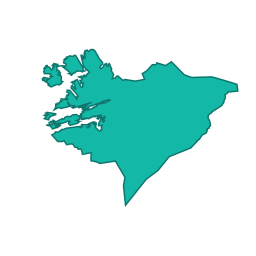 outline of Åfjord nor, Sør-Trøndelag, Norway, rotated 15°
{"feature_id": "86288312B63643757450384", "entity_name": "Åfjord nor", "entity_type": "district", "adm_level": 2, "iso_a3": "NOR", "parent_name": "Norway", "parent_adm1": "Sør-Trøndelag", "projection": "albers", "projection_center": [10.134, 63.948], "detail": "fine", "context": "isolated", "style": "filled", "palette": "teal", "viewbox_px": 256, "rotation_deg": 15, "n_neighbors": 0, "source": "geoboundaries", "source_scale": "gbopen_adm2", "svg_char_len": 5544}
<svg xmlns="http://www.w3.org/2000/svg" viewBox="0 0 256 256"><g transform="rotate(15 128 128)"><path d="M100.7,169.2L107.0,168.8L109.7,169.6L124.4,163.2L137.8,176.4L138.6,184.9L145.6,203.2L158.9,172.7L167.9,161.3L175.2,145.0L193.8,131.0L198.3,122.8L198.0,122.5L199.8,120.5L201.5,115.4L204.6,112.9L205.2,110.4L204.8,108.0L206.3,107.3L206.2,105.6L206.9,104.9L207.0,103.9L205.0,100.0L202.8,97.7L202.2,95.4L203.3,93.1L204.8,91.8L204.9,90.7L212.6,82.2L214.0,78.0L213.6,77.3L214.1,74.7L213.9,72.3L213.1,70.9L215.2,68.3L215.2,67.4L224.5,63.9L221.9,57.6L206.9,57.1L196.0,56.9L176.4,62.7L168.7,62.1L152.8,52.8L148.2,58.0L139.2,57.6L138.8,57.8L139.1,58.8L138.1,59.8L135.2,60.5L131.3,68.0L127.7,71.8L131.5,76.7L123.0,80.8L112.3,82.0L110.9,83.4L104.9,80.4L103.7,80.8L102.8,83.1L100.0,84.4L100.3,80.1L96.6,76.5L97.0,75.4L93.4,70.7L92.6,71.4L92.9,72.9L92.3,73.9L90.8,73.0L91.0,71.8L90.6,71.3L88.7,72.7L88.2,75.7L86.4,77.8L85.0,76.7L85.3,75.4L86.9,72.8L86.5,71.3L82.5,68.6L76.3,62.2L74.3,61.2L71.7,61.9L70.1,64.5L68.5,63.3L66.4,64.6L66.9,66.9L66.4,66.6L66.4,67.7L67.5,67.7L66.9,68.3L68.6,71.4L67.7,72.1L67.8,72.8L67.2,71.9L66.8,72.4L66.9,71.0L65.6,69.8L63.7,69.5L65.9,71.0L66.3,71.9L67.5,73.3L64.6,71.5L69.2,80.2L71.4,81.2L72.0,82.9L73.7,82.5L76.4,84.4L74.6,86.2L74.1,88.5L72.8,88.3L73.1,89.2L72.8,89.6L72.2,89.3L72.4,88.6L71.9,88.5L72.0,90.0L70.0,89.8L67.4,91.4L71.0,91.8L70.8,94.0L69.3,94.5L71.1,97.2L72.5,95.9L73.4,96.3L73.6,97.1L72.9,97.8L73.5,98.8L73.2,100.6L71.6,100.2L66.4,94.4L64.4,96.1L64.7,97.2L63.0,97.2L61.6,98.5L65.6,100.0L65.9,101.9L67.4,103.7L66.1,103.9L63.1,101.2L62.5,102.6L62.9,104.2L68.1,107.4L71.4,110.2L71.6,111.2L70.1,111.4L70.8,113.1L62.1,106.7L59.5,107.2L60.0,108.0L59.5,109.0L62.2,109.8L61.8,110.9L62.0,111.8L60.6,111.9L60.2,113.4L62.3,115.9L60.7,115.8L60.9,116.8L60.4,117.0L60.0,116.7L60.2,115.0L59.1,116.7L56.5,117.0L57.3,117.6L57.3,118.7L56.8,119.4L55.7,118.7L55.7,120.4L54.9,121.3L54.8,122.6L53.2,122.4L53.1,123.9L52.1,123.8L52.8,126.8L52.1,129.4L55.7,126.0L58.1,126.5L66.3,122.0L63.8,120.1L62.7,118.1L67.0,121.5L71.2,120.0L68.6,122.6L69.7,123.0L86.3,112.7L74.6,121.4L82.1,117.8L80.6,120.1L78.9,120.8L79.2,121.9L80.5,121.7L83.4,119.8L84.0,120.1L84.7,119.3L84.0,118.8L85.8,116.7L97.0,109.3L95.7,109.3L102.5,105.6L103.4,105.9L99.4,109.5L93.4,112.5L91.2,115.4L91.6,115.6L89.2,117.0L89.6,117.5L84.6,121.1L83.5,120.1L82.2,121.3L82.6,122.0L80.5,122.7L80.8,123.1L79.8,124.0L80.9,124.3L78.1,127.3L79.5,126.8L79.8,127.4L77.2,129.5L75.0,128.3L70.9,129.8L69.3,132.1L66.3,132.4L64.2,134.2L63.8,136.1L62.0,136.0L56.8,140.7L53.7,139.8L53.3,141.2L51.7,141.7L50.8,143.3L49.8,143.1L50.8,143.8L53.4,141.3L55.9,141.3L53.6,143.4L54.0,144.2L48.3,146.4L52.4,146.1L55.4,148.4L59.2,145.8L58.0,145.4L56.0,143.2L56.3,143.0L59.8,141.6L60.1,142.2L59.6,142.9L58.2,143.0L58.5,144.2L59.9,144.1L59.6,144.8L59.9,145.5L62.1,142.8L60.4,141.0L63.1,140.6L69.0,136.5L70.0,136.8L69.4,137.2L70.0,137.3L69.4,137.8L69.4,139.1L71.4,140.3L77.9,136.6L78.6,135.6L77.5,135.8L79.0,134.9L77.6,135.1L79.4,134.1L76.2,134.1L79.0,132.1L78.6,131.8L79.2,131.4L78.6,129.9L79.6,128.2L80.1,128.2L80.0,129.6L80.8,130.8L81.7,131.0L80.7,132.0L82.7,131.1L82.3,130.7L83.4,129.8L83.8,130.5L85.1,129.7L85.1,130.4L85.3,129.3L87.5,129.2L92.3,125.1L93.3,125.4L92.4,126.2L96.3,123.4L98.9,122.8L98.2,124.1L96.1,124.9L95.9,125.5L96.2,126.0L95.6,126.8L97.0,127.1L97.7,125.7L99.9,125.3L100.0,124.4L101.4,124.8L102.6,122.2L102.4,123.8L103.4,123.4L101.6,125.3L103.3,126.6L102.9,128.6L101.6,127.7L101.9,126.4L101.1,125.8L99.4,126.6L98.5,131.5L99.0,133.4L102.4,132.2L102.2,134.7L102.8,135.4L102.4,136.5L102.9,136.8L101.2,138.4L96.6,136.0L96.5,134.7L95.7,134.3L96.3,133.3L95.6,133.3L96.1,132.1L95.8,131.3L94.7,131.7L94.1,133.2L92.9,132.8L94.0,130.9L93.3,130.9L90.2,133.2L90.6,133.6L90.2,134.7L90.9,136.2L89.0,138.2L88.2,137.9L90.2,135.8L89.3,135.0L89.5,133.8L88.6,134.3L88.6,135.3L82.3,136.7L82.2,137.5L83.6,138.6L81.6,139.1L82.6,140.4L80.2,139.3L68.0,144.4L66.1,146.2L64.6,146.4L61.8,150.0L58.9,150.6L58.7,152.1L56.2,154.4L63.7,159.2L68.0,158.1L69.5,156.8L73.1,160.0L77.8,157.8L79.3,158.1L81.7,160.3L84.0,159.9L85.4,161.4L87.7,160.5L88.9,161.3L90.8,165.2L98.8,161.4L100.7,169.2ZM58.7,71.5L57.1,71.8L56.5,73.1L52.7,73.5L52.0,74.8L50.3,75.3L50.3,76.3L49.1,77.6L50.6,77.3L49.0,79.0L48.7,80.7L49.1,81.8L51.4,82.1L51.9,83.7L51.4,84.6L50.0,84.5L50.0,85.1L47.9,85.0L47.6,85.2L49.8,85.2L49.8,85.6L50.1,86.0L49.9,85.2L50.8,85.4L50.9,86.0L50.1,86.2L57.4,89.3L57.6,90.0L56.7,90.8L58.9,90.7L59.1,91.6L59.6,91.7L60.1,91.1L58.9,90.7L62.5,88.5L63.5,86.4L67.3,85.3L69.5,85.6L70.0,84.5L70.9,84.4L69.7,83.6L69.0,81.6L58.7,71.5ZM43.5,84.8L39.9,85.0L40.7,86.0L39.6,85.6L39.0,86.7L40.0,86.3L39.6,87.9L40.7,88.3L40.4,88.7L40.7,89.9L39.8,88.7L39.7,89.4L40.3,89.8L38.8,91.9L36.5,89.6L33.9,89.6L33.8,88.6L33.2,88.7L32.6,89.2L33.9,90.0L31.9,91.0L31.5,92.2L32.5,92.2L31.9,95.0L33.1,97.1L39.0,95.7L38.8,96.3L39.3,96.8L41.5,97.8L39.7,98.5L40.1,98.8L39.5,100.7L38.0,101.6L37.5,104.0L37.6,104.9L41.1,106.5L39.7,106.3L39.6,107.1L41.7,107.9L43.1,108.2L48.3,104.1L50.2,104.3L51.6,103.0L52.2,102.1L51.8,101.4L53.0,100.2L51.1,99.6L50.4,95.6L49.1,94.7L47.0,95.0L46.5,94.7L48.2,93.7L47.8,93.5L48.3,92.5L46.7,92.4L47.5,91.5L45.9,90.2L44.3,91.0L43.5,87.0L46.6,85.5L43.9,86.7L44.0,85.7L43.1,85.6L43.5,84.8ZM53.6,133.1L45.6,133.9L44.8,134.7L47.5,135.7L46.8,136.9L44.7,136.6L45.0,137.0L44.3,137.4L45.2,137.5L45.8,139.0L44.7,140.6L49.3,140.7L49.1,139.1L50.4,136.6L54.3,134.1L52.9,133.9L53.6,133.1ZM37.9,100.8L33.8,100.9L32.5,102.6L33.2,103.9L34.5,103.1L34.6,104.0L36.5,104.7L37.9,100.8Z" fill="#14b8a6" stroke="#0f766e" stroke-width="1.5"/></g></svg>